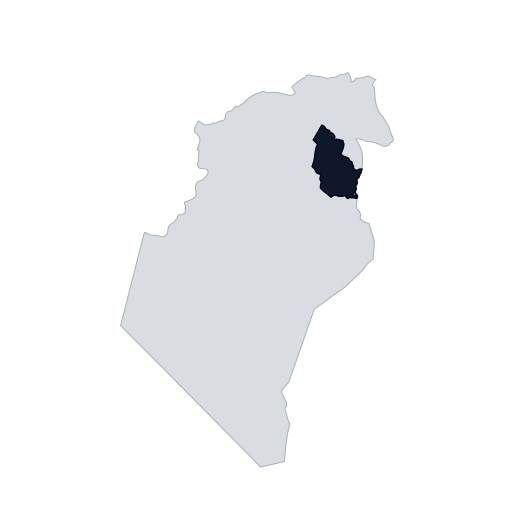 Chari-Baguirmi on a map of Chad (Natural Earth projection), rotated 195°
{"feature_id": "TCD-5580", "entity_name": "Chari-Baguirmi", "entity_type": "Prefecture", "adm_level": 1, "iso_a3": "TCD", "parent_name": "Chad", "parent_adm1": "", "projection": "natural_earth1", "projection_center": [15.896, 11.139], "detail": "fine", "context": "in_parent", "style": "filled", "palette": "ink", "viewbox_px": 512, "rotation_deg": 195, "n_neighbors": 0, "source": "natural_earth", "source_scale": "10m", "svg_char_len": 6555}
<svg xmlns="http://www.w3.org/2000/svg" viewBox="0 0 512 512"><g transform="rotate(195 256 256)"><path d="M368.8,153.8L368.9,165.1L369.1,176.4L369.2,187.8L369.4,199.1L369.5,210.4L369.6,221.8L369.8,233.1L369.9,244.4L369.9,248.2L369.7,249.7L369.6,249.9L369.1,250.1L364.0,249.1L361.7,249.0L358.6,249.9L354.0,250.3L351.0,250.1L348.9,252.1L347.3,254.4L348.1,260.1L348.0,261.9L347.3,263.9L346.0,265.5L344.6,266.8L343.7,268.0L342.7,270.6L341.9,271.7L342.0,273.3L341.8,275.0L340.9,275.9L338.8,276.5L337.4,277.3L336.3,278.5L335.5,279.4L336.0,280.6L336.5,282.2L336.8,284.7L337.1,286.1L338.1,287.3L338.8,288.2L339.0,289.2L338.4,290.1L335.8,291.9L334.7,292.6L333.5,293.5L333.1,293.9L331.2,295.6L330.2,297.1L329.7,298.4L329.8,300.2L330.8,302.8L331.9,305.1L332.3,306.7L332.5,308.6L332.4,310.4L331.9,311.9L330.9,313.3L327.3,315.8L325.5,318.7L324.1,322.1L323.8,324.0L324.2,325.3L325.0,326.3L326.0,326.9L327.6,327.0L330.2,326.5L332.7,326.1L335.3,327.3L336.6,330.2L336.1,332.3L337.1,336.2L338.0,340.8L338.0,342.3L338.3,342.9L340.0,343.2L340.3,344.3L339.8,352.4L340.6,354.7L341.7,356.3L342.9,357.2L344.2,358.3L344.8,359.0L346.3,359.2L347.9,360.7L348.3,362.6L348.2,364.5L347.3,368.7L346.6,371.4L345.6,371.3L343.7,370.6L341.4,370.0L338.6,369.5L335.9,370.6L333.0,372.1L332.1,373.2L331.3,373.8L330.0,373.7L328.8,373.9L328.2,374.9L327.1,376.1L322.9,378.5L322.0,379.3L321.5,380.2L321.5,381.1L322.0,383.1L322.0,385.5L321.0,387.4L320.0,388.7L318.7,389.2L317.7,389.5L317.0,390.3L314.8,394.7L313.9,395.5L312.0,395.4L306.4,402.0L305.9,404.0L303.9,406.7L301.3,409.8L299.0,411.3L298.9,411.9L298.3,412.5L296.8,413.1L292.0,416.9L286.1,416.7L283.5,418.2L281.0,418.8L277.3,419.6L276.2,419.5L271.5,419.8L265.9,419.7L263.8,420.2L261.8,421.6L260.3,422.9L260.1,423.3L260.3,423.8L260.3,424.2L264.1,427.3L265.1,428.8L264.1,430.2L263.7,430.5L263.0,431.7L260.7,435.2L257.3,439.2L255.5,440.4L254.8,441.2L253.9,443.9L253.3,444.2L250.9,444.6L246.2,444.9L239.7,445.8L235.8,446.1L233.3,445.8L229.9,447.7L228.7,448.2L227.9,448.3L224.6,450.1L221.7,453.0L220.7,453.5L216.8,454.7L215.2,456.6L214.5,456.8L211.9,454.2L210.2,451.9L209.4,449.6L209.3,448.8L208.8,449.0L207.4,450.0L206.2,451.2L205.6,453.4L201.5,454.9L198.0,456.2L196.4,457.9L194.0,458.7L190.8,458.4L188.4,457.7L186.0,457.5L187.2,455.4L187.6,453.9L187.7,452.0L187.5,450.8L186.1,450.2L185.2,449.2L183.2,443.3L181.1,437.2L178.1,431.3L174.9,427.5L172.5,425.2L171.8,424.9L170.6,424.2L169.7,423.5L165.5,419.4L161.0,414.9L159.9,412.9L157.7,409.8L155.2,406.6L153.9,405.2L153.3,402.6L155.0,400.2L156.9,397.2L159.1,395.3L162.0,395.1L166.8,395.9L172.0,396.2L177.1,395.6L178.5,395.2L179.8,395.2L182.6,395.9L187.4,395.8L189.8,394.6L187.2,392.5L184.3,389.3L181.6,385.7L180.0,382.5L178.5,378.3L177.1,373.2L176.3,366.5L176.4,362.8L176.8,360.1L178.3,355.7L177.3,353.1L177.5,351.1L177.4,348.0L176.9,346.4L175.1,341.3L174.7,340.8L173.0,337.2L172.3,331.3L170.5,327.4L167.5,325.6L165.8,323.3L165.1,319.2L164.0,318.2L159.3,316.7L155.3,316.7L152.5,312.2L148.8,306.3L145.4,300.8L143.3,289.9L142.1,283.7L143.5,281.8L146.3,277.3L149.9,268.8L157.9,255.7L162.1,248.9L170.3,238.9L180.3,226.5L186.0,219.5L186.9,206.8L187.9,193.4L188.6,183.2L189.5,171.2L190.3,161.1L190.9,153.8L191.6,143.4L192.3,141.4L196.2,133.3L196.5,132.2L195.8,130.8L190.2,123.9L188.5,122.3L187.5,118.7L188.9,116.7L182.2,105.1L180.5,103.6L179.8,102.2L179.7,100.1L179.6,92.1L177.9,79.4L175.5,64.7L183.4,60.5L189.4,57.4L197.0,53.3L204.0,57.5L214.2,63.5L224.5,69.5L234.7,75.5L245.0,81.5L255.2,87.6L265.5,93.6L275.8,99.6L286.1,105.6L296.4,111.6L306.7,117.7L317.0,123.7L327.4,129.7L337.7,135.7L348.1,141.7L358.4,147.7L368.8,153.8Z" fill="#d9dde1" stroke="#a8b0b8" stroke-width="1"/><path d="M174.9,341.7L174.6,341.4L174.1,340.8L173.5,340.4L173.4,340.2L173.3,339.8L173.5,339.7L173.7,339.2L173.4,338.8L173.4,338.5L173.5,338.1L173.6,337.8L175.6,337.5L177.1,337.5L179.1,337.0L181.4,336.5L182.2,335.4L183.6,335.7L184.5,337.0L186.5,337.2L187.6,336.2L191.1,335.2L194.7,335.4L196.9,334.6L198.7,332.3L208.6,336.7L211.3,338.3L212.0,341.1L212.0,344.0L213.1,345.5L214.2,347.1L214.4,350.7L215.5,351.7L217.3,351.7L218.9,352.0L220.4,353.5L221.7,355.1L224.9,356.9L224.6,363.4L225.5,370.1L226.0,375.8L225.5,379.9L230.7,383.0L226.3,399.4L226.0,399.4L225.8,399.4L225.6,399.4L225.3,399.2L225.0,399.1L224.7,399.0L224.4,399.1L224.2,399.1L223.9,398.8L223.5,398.5L222.7,398.1L222.5,397.9L222.4,397.7L222.1,397.0L222.1,396.9L221.8,396.8L221.7,396.8L221.4,396.9L221.2,396.9L220.9,396.6L220.6,396.5L219.8,396.3L219.1,396.2L219.0,396.3L217.9,396.3L217.6,396.2L217.4,396.0L217.3,395.5L217.2,395.4L216.9,395.2L216.6,394.9L216.5,394.7L215.9,394.7L215.4,394.6L215.2,394.6L214.9,394.3L214.7,394.2L214.1,394.1L213.8,394.2L213.6,394.1L213.3,393.9L213.1,393.8L213.1,393.6L212.8,393.4L211.4,392.6L211.2,392.4L211.1,392.2L210.9,391.6L210.9,391.4L210.6,391.2L210.6,390.9L210.6,390.3L210.6,389.6L210.5,389.4L210.4,389.2L210.1,388.9L210.0,388.7L209.9,388.5L209.8,388.4L209.7,388.4L208.3,389.6L206.9,389.9L202.1,389.8L201.6,389.4L201.5,389.1L201.4,388.6L201.3,388.3L201.2,388.1L201.0,387.9L200.7,387.7L200.3,387.3L200.2,387.1L200.1,386.8L199.7,383.5L200.4,376.1L200.3,375.8L199.5,375.4L199.0,375.3L198.7,375.7L197.4,374.7L197.0,374.8L196.2,375.0L195.7,375.1L194.8,375.0L193.1,374.5L192.2,374.4L191.8,374.2L190.5,372.7L190.1,372.2L189.7,372.0L189.4,372.0L188.8,372.0L188.5,371.9L188.1,371.7L187.8,371.5L187.5,371.3L187.2,370.6L187.0,370.1L186.9,369.8L186.9,369.3L186.8,369.2L186.6,369.1L186.2,369.0L185.8,368.8L185.5,368.5L185.1,368.1L185.0,367.7L185.0,366.5L184.8,366.3L184.6,366.2L184.4,366.1L183.7,365.5L183.3,365.2L183.1,365.1L182.1,364.8L180.9,364.7L180.6,364.7L180.5,364.8L180.3,365.1L180.2,365.1L180.1,365.3L179.6,365.8L178.9,366.4L178.6,366.6L178.2,366.8L176.2,367.4L176.1,364.8L176.2,363.2L176.3,362.8L176.8,362.0L177.0,361.6L177.0,361.3L176.9,361.2L176.7,360.9L176.7,360.6L176.8,360.2L176.9,358.9L177.1,358.4L177.3,357.9L178.3,356.7L178.6,356.0L178.3,355.1L177.7,354.3L177.5,353.8L177.1,352.7L177.1,352.2L177.1,351.7L177.3,351.1L177.5,351.1L177.7,350.8L177.5,350.6L177.4,350.4L177.6,350.2L177.9,349.8L178.0,349.6L177.5,348.1L177.4,347.8L177.0,347.8L176.7,347.6L176.6,347.2L176.5,346.5L176.6,346.3L176.9,346.1L177.0,345.9L176.9,345.7L176.7,345.3L176.7,345.0L176.8,344.9L177.4,344.8L177.3,344.5L176.9,344.1L176.7,343.8L176.7,343.5L176.8,343.3L176.8,343.1L176.6,342.9L176.5,342.7L177.1,342.6L177.5,342.5L177.9,342.3L178.3,341.8L178.3,341.2L178.2,340.7L178.0,340.2L177.6,339.8L177.2,339.5L176.7,339.5L176.4,339.6L176.1,340.1L175.9,340.7L175.9,341.3L175.5,341.4L175.1,341.7L174.9,341.7Z" fill="#0f172a" stroke="#020617" stroke-width="1.5"/></g></svg>